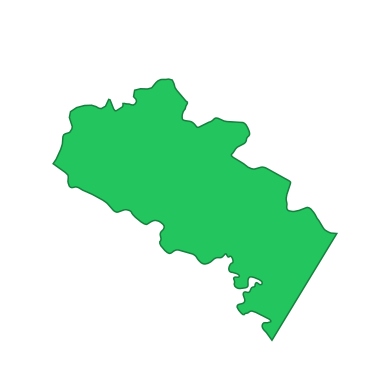 map outline of Bafatá (Robinson projection), rotated 121°
{"feature_id": "GNB-776", "entity_name": "Bafatá", "entity_type": "Region", "adm_level": 1, "iso_a3": "GNB", "parent_name": "Guinea-Bissau", "parent_adm1": "", "projection": "robinson", "projection_center": [-14.664, 12.138], "detail": "fine", "context": "isolated", "style": "filled", "palette": "green", "viewbox_px": 384, "rotation_deg": 121, "n_neighbors": 0, "source": "natural_earth", "source_scale": "10m", "svg_char_len": 4415}
<svg xmlns="http://www.w3.org/2000/svg" viewBox="0 0 384 384"><g transform="rotate(121 192 192)"><path d="M153.0,46.5L172.0,46.6L255.7,47.0L277.9,47.1L274.1,56.0L273.1,59.7L272.1,61.6L270.9,62.8L269.7,63.3L268.4,63.4L267.3,63.1L266.5,62.2L265.2,60.0L263.4,58.3L262.6,57.7L261.7,58.2L261.2,60.1L262.3,75.4L263.1,79.0L263.7,80.1L264.7,80.9L267.0,81.9L268.6,83.7L269.5,84.1L270.3,84.2L270.8,85.3L270.5,87.3L269.3,90.9L268.3,92.7L267.5,94.0L267.0,94.3L266.6,94.5L265.9,94.6L264.8,94.4L264.4,94.1L263.7,93.5L262.1,91.8L261.1,91.0L260.0,90.5L258.7,90.5L257.5,91.0L256.6,91.8L253.9,95.0L253.2,95.5L252.2,95.9L251.2,95.8L250.5,95.3L250.1,94.7L249.3,92.3L248.5,91.5L247.3,91.2L244.7,91.6L243.4,91.6L242.4,91.1L241.7,90.3L241.0,89.7L240.5,89.5L238.6,90.3L237.4,90.5L236.5,90.1L236.2,88.9L236.5,87.1L236.4,85.8L235.4,84.7L234.2,84.8L233.2,85.4L232.6,87.1L232.5,89.6L233.2,94.3L233.9,96.8L234.8,98.5L235.9,99.0L237.2,99.1L238.4,98.7L239.5,98.2L242.8,96.1L243.9,95.6L244.9,95.7L246.0,96.3L246.8,97.1L250.0,101.1L250.6,102.3L251.0,103.7L251.0,105.3L250.6,106.9L249.2,108.4L247.9,108.8L246.7,109.5L245.9,110.3L245.2,111.3L244.4,111.9L243.4,111.8L242.6,111.1L241.5,108.9L240.9,108.2L240.3,108.0L239.5,108.2L238.9,109.3L238.9,111.2L240.0,115.8L240.6,117.1L240.7,118.1L240.6,119.0L239.8,120.2L238.7,121.0L237.4,121.5L235.9,121.8L234.6,121.9L233.3,121.7L231.5,120.7L230.6,120.9L229.7,121.5L228.8,122.4L228.0,123.3L227.4,124.4L227.1,125.4L227.4,126.3L228.5,126.8L229.1,127.5L228.7,128.7L228.2,129.6L227.8,130.1L227.6,130.5L227.6,131.1L228.0,131.6L231.9,132.5L233.0,133.1L233.8,134.0L235.1,136.3L235.9,137.3L236.9,138.0L238.0,138.6L242.0,139.9L243.0,140.4L245.1,141.7L246.8,143.5L247.5,144.6L247.9,146.2L247.9,148.0L247.1,151.2L246.4,152.9L245.1,155.5L244.8,157.2L244.8,159.4L248.6,173.4L248.9,174.2L249.4,175.0L250.1,175.9L251.1,176.6L252.2,177.3L254.6,178.2L255.6,178.9L256.4,179.9L256.6,182.1L256.1,185.2L254.1,191.1L252.6,193.1L251.1,194.0L249.9,193.8L248.8,194.1L247.7,194.7L245.2,197.1L244.2,197.7L243.1,198.0L241.9,198.0L239.0,197.3L237.7,197.4L236.4,197.7L235.3,198.7L234.6,200.3L234.1,203.4L234.2,205.7L235.0,208.3L235.9,209.7L236.9,210.7L238.9,212.0L242.4,213.7L243.3,214.4L243.9,216.5L243.9,220.0L242.8,227.5L241.9,230.8L241.1,232.7L240.6,233.3L240.1,234.5L240.1,236.1L240.8,238.7L241.5,240.0L242.4,241.1L247.2,245.0L248.0,246.0L248.4,247.6L248.3,249.7L245.4,258.8L245.1,261.1L244.9,264.3L245.4,276.5L246.7,286.4L246.7,291.5L247.1,293.3L247.7,294.6L249.5,296.4L250.2,297.3L250.5,298.7L250.1,300.3L248.3,302.5L247.0,303.7L243.2,305.6L242.2,306.3L241.4,307.0L240.5,310.6L239.3,325.6L233.9,325.3L223.1,326.5L217.7,327.8L211.1,331.1L209.0,331.4L207.4,330.6L204.7,328.2L203.9,327.6L200.0,327.4L197.6,328.3L191.3,335.5L185.7,337.5L179.1,334.4L173.2,328.7L169.3,322.7L168.2,318.2L168.2,315.1L167.2,312.7L163.0,310.3L155.5,311.1L155.2,309.7L161.2,301.9L162.0,299.7L161.1,298.6L155.1,295.6L154.1,295.5L153.0,295.9L151.7,296.8L151.0,295.8L150.2,293.5L148.9,291.1L148.5,289.0L147.7,287.1L145.5,286.0L143.0,286.2L141.4,287.7L140.4,291.2L134.3,293.6L130.0,289.3L126.7,283.3L123.5,280.2L116.6,279.2L114.4,278.5L111.7,276.7L110.4,274.8L109.2,272.7L107.2,270.1L106.2,266.6L108.3,263.4L111.3,260.3L112.8,257.1L117.2,244.0L117.3,242.3L118.4,241.6L121.9,241.4L124.3,240.6L125.0,240.8L127.7,240.9L130.2,240.3L131.5,239.8L132.6,239.2L133.5,238.6L134.2,238.0L134.6,237.5L134.8,236.8L134.7,235.8L134.1,234.0L132.5,230.2L132.2,228.9L132.1,228.3L132.2,226.6L132.6,224.7L133.5,222.3L133.9,220.9L133.1,219.6L123.5,213.5L122.3,212.4L120.3,211.3L117.7,210.6L116.6,210.0L115.9,209.0L115.4,207.6L114.6,201.0L113.6,198.3L106.2,184.1L106.1,182.4L106.5,180.5L108.3,177.3L110.5,174.3L111.4,173.4L112.4,172.6L113.4,172.2L114.6,172.2L115.8,172.6L117.1,172.8L118.4,172.6L119.6,172.1L120.8,171.8L122.0,171.8L122.8,172.0L123.7,172.3L129.9,176.1L131.1,176.5L132.5,176.8L137.0,177.0L139.6,177.5L140.6,176.8L141.1,174.6L141.2,162.1L141.9,156.9L141.4,153.2L140.7,151.1L139.8,149.9L135.3,145.7L134.5,144.7L134.0,143.6L133.5,142.1L133.3,140.5L132.4,114.0L132.8,112.6L134.0,112.0L145.4,109.4L149.1,107.9L150.2,107.2L153.0,104.7L154.1,104.0L155.3,103.5L156.4,102.9L157.4,102.1L158.1,101.0L158.3,99.6L157.5,97.3L156.9,95.8L156.3,94.8L155.7,94.0L152.5,90.6L146.6,86.0L145.8,85.2L145.3,83.6L145.4,81.3L146.8,77.2L147.9,74.9L150.2,71.1L151.2,68.5L155.0,61.4L155.6,60.1L156.1,58.2L156.1,55.1L155.7,51.9L153.0,46.5Z" fill="#22c55e" stroke="#15803d" stroke-width="1.5"/></g></svg>